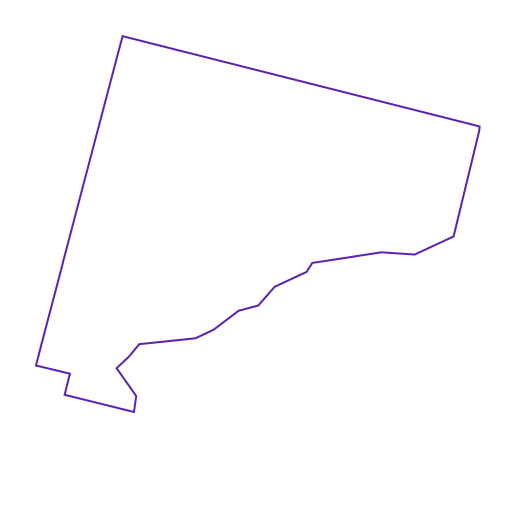 the district of Warren, Indiana, United States of America, rotated 14°
{"feature_id": "52423323B12538160234117", "entity_name": "Warren", "entity_type": "district", "adm_level": 2, "iso_a3": "USA", "parent_name": "United States of America", "parent_adm1": "Indiana", "projection": "robinson", "projection_center": [-87.371, 40.302], "detail": "fine", "context": "isolated", "style": "outline", "palette": "violet", "viewbox_px": 512, "rotation_deg": 14, "n_neighbors": 0, "source": "geoboundaries", "source_scale": "gbopen_adm2", "svg_char_len": 498}
<svg xmlns="http://www.w3.org/2000/svg" viewBox="0 0 512 512"><g transform="rotate(14 256 256)"><path d="M441.6,76.2L73.4,75.0L73.4,76.3L73.1,90.2L70.2,309.3L70.3,310.0L69.5,370.3L69.3,385.4L69.2,392.9L69.0,415.5L103.9,415.2L103.9,437.0L175.3,436.9L173.7,420.9L147.9,398.6L157.1,384.3L164.0,369.8L217.1,350.5L232.7,337.8L252.3,313.4L270.2,303.5L281.5,281.4L309.0,259.1L312.3,249.1L376.7,222.1L409.6,216.2L443.0,189.2L442.3,80.3L441.6,76.2Z" fill="none" stroke="#5b21b6" stroke-width="2"/></g></svg>